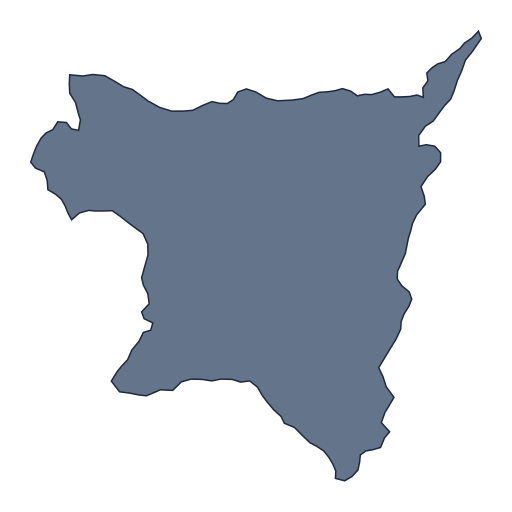 the district of Central de Minas, Minas Gerais, Brazil
{"feature_id": "56859067B63784148066349", "entity_name": "Central de Minas", "entity_type": "district", "adm_level": 2, "iso_a3": "BRA", "parent_name": "Brazil", "parent_adm1": "Minas Gerais", "projection": "mercator", "projection_center": [-41.293, -18.775], "detail": "fine", "context": "isolated", "style": "filled", "palette": "slate", "viewbox_px": 512, "rotation_deg": 0, "n_neighbors": 0, "source": "geoboundaries", "source_scale": "gbopen_adm2", "svg_char_len": 2343}
<svg xmlns="http://www.w3.org/2000/svg" viewBox="0 0 512 512"><path d="M409.0,306.1L411.7,299.2L409.2,291.9L401.8,285.8L397.2,279.0L397.5,271.4L401.1,263.4L405.4,253.4L408.3,238.5L410.6,231.2L412.4,223.7L416.6,214.9L425.4,204.2L424.2,196.1L421.0,186.6L427.5,176.7L435.1,169.5L440.6,161.9L440.6,152.7L434.8,146.2L426.4,144.7L418.9,146.2L418.7,135.5L425.4,126.2L433.3,121.0L438.3,114.0L444.5,105.7L450.6,99.2L454.0,91.1L457.5,80.1L461.6,71.1L465.4,60.2L472.3,51.6L477.1,44.6L481.3,38.5L478.5,31.2L471.7,38.2L464.4,43.1L460.0,48.5L451.7,54.3L445.2,61.6L437.9,63.8L432.3,67.5L426.8,73.0L427.9,80.9L422.8,87.9L423.3,97.4L417.1,95.0L409.9,96.5L401.4,96.9L394.5,96.9L388.0,88.9L379.9,92.3L371.6,94.6L364.5,94.3L357.3,95.8L350.6,91.1L342.5,88.6L334.7,90.8L326.6,91.9L319.0,92.3L311.8,95.0L303.1,98.6L292.0,100.1L277.5,100.8L266.2,98.1L255.8,92.0L246.4,88.9L237.8,92.0L233.4,99.6L227.3,103.5L219.6,103.3L212.0,101.6L202.7,105.4L192.8,110.3L182.8,111.1L171.6,111.1L159.6,107.4L147.8,100.8L139.7,94.7L132.3,89.4L123.5,86.7L115.2,81.6L104.8,75.7L92.8,74.5L83.0,76.0L69.7,74.8L69.3,83.6L69.7,93.2L75.4,102.3L78.3,113.3L80.4,119.8L78.6,130.3L71.4,128.9L66.4,122.5L57.8,121.8L52.7,129.8L46.1,132.9L41.1,138.1L36.8,145.7L33.5,153.9L30.7,162.2L35.4,168.0L44.4,172.0L47.2,180.5L47.9,189.7L55.5,194.2L61.4,199.3L65.2,206.1L67.9,212.9L71.6,219.8L79.5,212.9L88.7,210.4L95.4,211.0L102.8,211.0L112.3,210.7L119.9,216.1L128.2,222.6L135.4,228.0L143.1,233.6L147.8,244.2L148.0,255.0L145.9,262.3L143.8,269.9L141.6,277.8L143.4,285.2L147.8,293.6L149.2,303.8L141.6,311.9L144.1,318.7L152.8,322.9L150.7,330.2L143.4,332.4L139.0,341.3L131.8,350.1L127.5,359.9L121.7,366.0L117.3,371.4L111.3,381.1L119.6,391.8L129.7,393.1L138.0,394.8L146.2,395.8L152.4,393.3L160.3,389.8L172.7,390.4L181.4,381.8L191.1,379.1L202.0,379.4L211.7,380.9L220.7,379.1L232.3,379.4L240.7,382.1L249.7,380.9L257.6,387.2L262.3,395.5L267.1,401.9L273.8,409.9L281.1,416.5L284.4,423.3L294.5,427.5L302.4,435.5L310.0,442.8L316.5,446.2L323.7,450.9L328.9,457.4L332.8,464.0L335.8,471.1L335.4,478.4L344.7,480.8L352.0,476.5L358.0,469.9L359.6,462.3L360.3,455.0L365.8,450.9L372.5,449.8L380.6,447.4L384.5,437.9L389.6,431.8L381.3,422.6L384.9,412.6L394.0,397.4L386.2,386.7L383.0,376.7L378.7,367.7L388.0,352.3L396.1,339.0L400.7,329.1L401.1,321.8L404.0,314.1L409.0,306.1Z" fill="#64748b" stroke="#1e293b" stroke-width="1.5"/></svg>